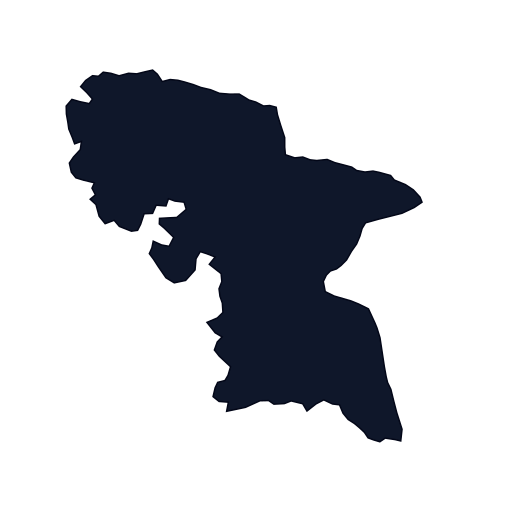 the district of Porto Amazonas, Paraná, Brazil, rotated 82°
{"feature_id": "56859067B80853054664555", "entity_name": "Porto Amazonas", "entity_type": "district", "adm_level": 2, "iso_a3": "BRA", "parent_name": "Brazil", "parent_adm1": "Paraná", "projection": "albers", "projection_center": [-49.893, -25.527], "detail": "fine", "context": "isolated", "style": "filled", "palette": "ink", "viewbox_px": 512, "rotation_deg": 82, "n_neighbors": 0, "source": "geoboundaries", "source_scale": "gbopen_adm2", "svg_char_len": 2379}
<svg xmlns="http://www.w3.org/2000/svg" viewBox="0 0 512 512"><g transform="rotate(82 256 256)"><path d="M459.3,138.4L447.9,135.5L430.9,138.4L418.8,139.8L406.8,141.0L399.7,143.3L393.6,143.9L383.3,144.3L354.2,144.6L344.2,146.2L339.0,147.5L324.0,152.0L317.8,161.1L313.8,168.0L306.5,184.2L300.9,192.4L290.6,192.9L284.7,189.0L281.2,184.5L280.0,178.1L277.2,173.1L272.5,166.9L264.5,160.7L258.1,154.7L250.7,150.3L243.5,147.1L238.4,142.9L236.6,129.6L235.2,116.5L234.0,105.5L230.0,92.6L225.8,84.1L220.5,85.4L212.4,91.0L206.1,98.1L200.0,108.5L195.0,111.5L190.3,122.4L188.2,128.3L188.0,136.4L185.3,144.5L181.3,148.8L178.0,156.6L174.5,165.0L170.3,172.1L169.9,182.6L168.3,189.0L164.5,195.9L164.2,204.0L159.8,212.8L152.2,212.4L142.8,211.1L129.9,213.4L119.1,215.1L111.5,215.3L108.9,221.5L108.5,227.7L103.5,234.8L100.6,241.2L93.3,250.1L92.1,259.3L89.8,269.6L85.0,277.9L81.4,287.2L77.5,294.3L73.7,302.6L71.1,308.9L69.3,316.5L70.2,324.6L62.2,328.4L57.5,332.5L58.1,339.8L59.0,348.7L57.3,356.8L58.5,366.5L54.9,374.2L52.7,381.7L56.1,387.0L54.7,392.8L58.5,400.3L63.9,406.1L70.5,400.9L77.8,396.1L81.9,399.9L78.7,408.8L75.3,416.5L81.1,423.1L89.0,424.0L97.4,423.7L104.2,423.7L113.1,421.4L119.7,420.0L118.2,412.9L126.2,415.2L132.6,423.0L138.0,427.9L147.3,427.2L153.5,423.5L156.9,416.2L161.0,405.8L166.0,409.0L173.1,406.5L176.7,412.3L182.8,407.3L194.8,405.8L203.0,400.9L200.9,391.5L207.7,387.2L214.1,375.9L214.1,369.7L208.5,365.8L198.6,360.9L199.4,352.5L191.8,347.8L193.9,338.2L187.1,334.7L190.3,328.7L192.7,319.7L200.1,318.6L206.8,329.1L206.2,335.6L205.3,346.3L210.8,347.3L215.6,343.0L226.1,334.9L234.3,340.7L231.9,348.0L227.0,355.7L233.5,358.0L238.8,361.3L244.8,358.0L253.0,354.2L265.0,348.2L271.2,340.7L270.4,329.1L261.3,318.3L250.4,315.8L243.9,310.6L246.9,304.4L251.3,296.6L257.7,303.4L268.6,293.0L276.6,293.4L283.3,297.2L290.8,297.3L297.9,295.9L307.3,296.6L312.0,303.0L314.9,313.8L326.4,307.1L331.4,300.8L335.7,306.3L343.3,310.3L350.1,306.3L362.1,296.6L370.3,300.3L375.0,304.1L375.8,311.5L380.8,314.8L389.3,318.1L394.9,312.8L396.9,303.7L405.7,306.7L404.4,287.5L402.2,280.0L399.9,272.2L400.9,263.6L405.2,258.9L406.1,248.5L404.4,241.4L408.8,230.3L416.6,227.1L410.8,217.1L407.9,208.9L413.2,200.8L415.0,194.0L423.8,191.7L430.7,187.5L435.5,181.9L440.5,177.4L445.7,173.2L451.7,170.3L454.5,165.1L457.2,159.2L454.3,153.4L457.2,143.7L459.3,138.4Z" fill="#0f172a" stroke="#020617" stroke-width="1.5"/></g></svg>